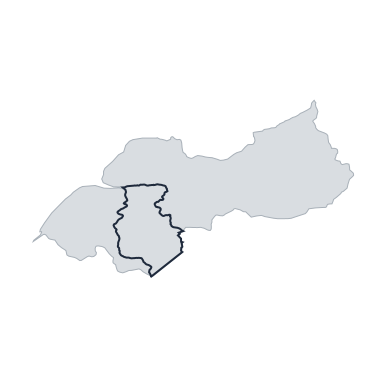 location of VII-2 Mazaruni/L.B.E.Rive, Cuyuni-Mazaruni, Guyana, rotated 265°
{"feature_id": "73187651B61605631045653", "entity_name": "VII-2 Mazaruni/L.B.E.Rive", "entity_type": "district", "adm_level": 2, "iso_a3": "GUY", "parent_name": "Guyana", "parent_adm1": "Cuyuni-Mazaruni", "projection": "equal_earth", "projection_center": [-59.626, 5.924], "detail": "fine", "context": "in_parent", "style": "outline", "palette": "slate", "viewbox_px": 384, "rotation_deg": 265, "n_neighbors": 0, "source": "geoboundaries", "source_scale": "gbopen_adm2", "svg_char_len": 9593}
<svg xmlns="http://www.w3.org/2000/svg" viewBox="0 0 384 384"><g transform="rotate(265 192 192)"><path d="M132.6,177.3L125.7,166.9L118.7,156.4L111.8,146.1L111.4,144.7L114.3,139.8L116.8,136.3L119.0,134.3L120.0,132.5L119.2,125.0L119.3,122.3L118.3,119.3L117.5,116.0L118.4,113.2L119.5,111.3L120.8,110.6L124.0,109.9L126.3,109.6L127.1,108.5L128.4,107.2L130.1,107.2L133.5,108.1L135.0,106.4L137.8,104.1L144.1,100.2L145.5,97.7L146.5,93.8L146.4,91.9L145.7,91.2L144.2,90.6L141.8,90.5L139.9,91.5L137.9,90.9L136.3,88.5L136.2,86.5L137.2,83.7L136.6,81.8L133.5,75.8L133.5,74.2L135.8,71.5L137.1,69.2L138.8,63.7L140.2,61.9L144.6,61.3L145.7,60.1L147.9,57.2L151.2,53.9L156.0,51.3L157.4,46.5L158.2,45.2L162.0,42.7L162.7,41.4L162.6,40.2L156.5,29.5L157.7,30.2L162.4,37.2L165.0,38.7L165.6,38.7L165.6,36.9L168.0,37.7L174.2,42.5L183.3,50.4L196.0,65.3L199.6,71.0L202.1,73.7L205.9,80.2L207.0,83.4L206.9,96.1L203.5,104.7L202.7,111.2L202.5,119.8L200.6,124.7L203.2,122.1L204.0,114.3L206.2,109.6L209.0,104.4L212.8,103.2L217.0,105.4L220.3,105.7L223.2,107.3L229.4,115.6L235.5,122.1L237.8,127.4L244.2,130.0L248.0,134.1L249.3,137.7L250.0,147.1L248.8,161.3L249.1,162.0L247.4,164.8L247.1,166.6L246.0,169.7L245.1,171.4L246.4,175.3L247.8,175.5L248.4,176.0L248.8,176.8L248.7,177.6L248.1,178.3L246.7,179.3L245.4,181.6L245.5,184.1L244.7,185.4L242.0,186.0L236.8,186.0L234.3,186.2L232.2,186.6L230.9,188.3L229.2,189.4L227.8,189.7L226.6,191.5L225.5,194.2L225.9,196.0L227.1,198.4L227.8,200.9L226.9,205.0L225.8,208.1L225.2,210.5L224.4,215.0L222.4,220.0L221.0,222.9L221.0,226.0L221.7,230.4L225.8,236.9L227.2,239.9L228.3,244.9L232.0,248.8L234.3,251.9L234.1,256.0L234.4,257.3L235.8,258.4L237.6,259.2L239.5,259.1L241.3,258.8L241.7,258.2L245.7,258.1L246.1,259.1L246.4,265.1L246.5,267.5L247.5,268.5L248.1,270.0L248.1,271.3L248.3,274.7L248.9,276.4L248.8,280.0L249.2,281.3L250.3,282.2L251.7,284.8L252.2,285.1L252.5,286.0L253.7,289.6L254.3,290.7L254.7,290.9L254.9,292.1L255.8,295.5L256.4,296.4L257.5,298.9L258.0,301.6L259.4,304.7L260.9,306.8L261.6,309.1L263.6,314.0L265.4,317.5L268.0,318.4L270.1,318.9L271.4,320.2L272.7,321.7L271.3,322.4L270.1,323.2L268.3,322.6L265.9,322.9L263.4,323.9L261.1,324.4L256.7,322.8L255.4,322.6L254.5,321.9L252.7,318.9L251.8,318.5L249.5,319.9L246.6,320.9L245.3,320.8L243.6,321.8L242.1,323.2L239.2,329.2L237.8,331.3L236.2,332.2L233.0,332.2L229.5,332.4L227.0,333.9L224.6,334.6L223.4,334.7L223.0,338.0L222.4,339.5L221.7,340.4L219.8,340.7L218.1,340.5L217.1,339.2L215.2,338.5L213.6,338.0L212.5,337.2L211.6,337.4L210.9,338.8L210.3,340.0L209.8,342.1L207.3,342.8L206.2,344.0L206.8,348.0L206.5,349.6L206.0,350.8L202.9,351.1L200.3,351.0L198.8,352.5L196.9,354.2L195.8,354.5L194.4,354.4L192.7,352.4L190.9,350.0L186.6,348.2L182.3,346.8L179.5,342.9L178.8,340.9L177.5,340.1L174.1,335.4L172.3,332.4L170.3,331.6L168.0,330.4L168.1,328.2L167.9,326.1L166.9,325.3L165.5,324.7L165.0,323.5L165.2,320.8L165.4,313.7L165.1,307.0L162.0,304.6L160.6,303.0L158.3,293.1L157.2,288.6L157.1,285.2L157.9,275.2L158.8,270.9L161.2,262.3L162.6,259.3L162.6,257.2L162.5,254.3L161.8,248.8L165.8,245.3L167.6,243.8L167.9,241.5L170.0,238.5L171.0,235.7L171.8,233.5L171.5,232.3L170.6,231.6L169.5,229.5L167.2,223.4L166.3,222.2L165.6,220.5L166.0,217.8L166.9,214.9L166.8,213.6L165.4,212.1L162.5,209.4L160.1,209.2L158.3,208.3L155.5,208.2L153.4,207.9L152.1,206.9L152.4,205.3L152.9,204.1L154.8,201.0L156.0,197.7L156.1,194.5L156.5,190.3L157.0,186.7L157.3,182.6L154.5,179.9L153.5,177.7L152.4,175.7L151.1,175.7L149.1,174.8L146.0,177.4L143.6,176.9L141.9,177.9L138.1,177.7L135.6,176.5L132.6,177.3Z" fill="#d9dde1" stroke="#a8b0b8" stroke-width="1"/><path d="M202.6,123.5L202.6,123.3L201.9,124.0L201.7,124.3L201.5,124.5L201.2,124.8L200.3,125.5L200.0,125.8L199.7,126.0L199.1,126.0L198.4,126.2L198.1,126.2L197.5,126.2L197.1,126.0L196.5,125.7L195.9,125.4L195.6,125.3L194.9,125.1L194.6,125.1L194.2,125.2L193.8,125.2L193.4,125.4L192.7,125.6L192.4,125.8L191.6,126.1L191.4,126.2L191.1,126.4L190.7,126.5L190.0,126.7L189.4,126.8L189.1,126.7L188.9,126.4L188.7,126.1L188.5,125.8L188.3,125.5L188.1,125.2L187.9,124.9L187.7,124.5L187.2,123.6L186.9,123.3L186.6,123.1L186.1,123.5L185.7,124.2L185.7,124.7L185.3,125.4L184.9,125.6L184.7,125.9L184.4,126.0L184.0,126.1L183.7,125.9L183.4,125.7L183.2,125.4L182.9,124.6L182.8,124.3L182.6,123.9L182.5,123.5L182.2,123.0L181.9,122.5L181.7,122.2L181.6,121.8L181.4,120.9L181.2,120.6L181.0,119.6L180.8,119.3L180.5,119.0L180.1,118.4L179.5,117.2L179.2,116.8L179.0,116.5L178.6,116.1L178.4,116.0L178.1,116.0L177.8,116.1L177.2,116.5L176.9,116.7L176.5,117.3L176.3,117.7L176.1,118.1L175.8,118.9L175.7,119.3L175.5,120.1L175.3,120.5L175.1,120.7L174.8,120.9L174.6,121.1L174.3,121.1L174.0,121.1L173.7,120.8L173.2,120.4L172.8,120.3L172.6,120.1L172.3,119.6L172.1,119.2L172.0,118.8L171.8,118.4L171.7,118.1L171.5,117.6L171.0,116.7L170.8,116.4L170.5,116.1L169.9,115.5L169.6,115.3L169.3,115.1L169.0,115.0L168.4,114.4L168.1,114.2L167.6,113.7L167.3,113.4L167.1,113.1L166.9,112.2L166.8,111.8L166.6,111.6L166.3,111.3L165.9,111.1L165.6,111.0L165.3,111.0L165.0,111.2L164.3,111.4L163.7,111.6L162.6,112.3L162.3,112.6L162.0,112.9L161.8,113.2L161.5,113.4L161.1,113.6L160.8,113.5L160.3,113.1L160.0,112.9L159.7,112.8L159.3,112.8L158.6,113.0L158.3,113.2L158.0,113.4L157.6,113.5L157.0,113.8L156.7,113.9L156.4,114.1L156.1,114.1L155.7,114.3L155.4,114.5L155.2,114.8L154.9,115.1L154.6,115.2L154.2,115.3L153.8,115.3L153.6,115.3L153.3,115.5L152.6,115.6L152.3,115.7L152.0,115.6L151.6,115.5L151.2,115.5L150.9,115.4L149.9,114.9L149.4,114.7L149.1,114.5L148.1,114.1L147.7,114.0L147.4,114.0L147.1,113.9L146.7,113.9L146.4,113.9L146.0,113.9L145.7,113.8L145.2,113.6L144.6,113.4L143.8,113.5L143.5,113.6L143.0,114.2L142.6,114.4L142.2,114.5L141.7,114.5L140.7,114.4L140.4,114.4L140.1,114.5L139.8,114.8L139.5,114.8L138.6,114.7L138.3,114.7L137.9,114.5L137.3,114.6L136.5,115.0L136.1,115.3L135.7,115.5L135.4,115.6L135.1,115.9L134.9,116.1L134.3,117.1L134.1,117.6L133.8,117.9L133.5,118.3L133.3,118.6L132.9,119.6L132.8,120.0L132.4,120.8L132.3,121.3L132.2,123.0L132.0,123.7L131.6,124.5L131.5,125.0L131.3,125.5L131.2,126.0L131.2,127.2L131.2,128.2L131.1,129.1L131.2,129.5L131.2,130.1L131.2,130.6L131.2,131.2L131.1,131.7L131.0,132.3L131.1,133.0L131.0,133.5L130.9,134.0L130.8,134.5L130.7,134.8L130.7,135.2L130.5,135.7L130.4,136.0L129.8,136.4L129.4,136.6L129.0,136.8L128.0,137.3L127.6,137.4L127.2,137.4L126.9,137.5L126.6,137.6L125.8,138.5L125.4,138.9L125.1,139.2L124.8,139.3L124.5,139.6L124.1,140.0L123.8,140.4L123.4,141.5L123.0,142.5L122.3,143.5L122.0,143.8L121.7,144.2L121.5,144.5L121.2,144.7L121.0,144.9L120.7,144.9L120.4,144.9L119.8,144.6L119.2,144.2L118.9,143.9L118.6,143.6L118.4,143.2L118.2,143.0L117.9,142.8L117.0,142.6L116.5,142.4L115.9,142.3L115.5,142.3L115.2,142.5L114.9,142.8L114.6,143.0L114.3,143.1L113.6,143.3L112.7,143.7L111.5,143.8L111.4,143.9L111.3,144.0L133.0,177.0L133.3,176.5L134.7,176.0L137.4,176.5L138.3,177.6L142.2,177.2L142.8,178.2L143.4,176.8L146.5,177.0L150.0,174.2L151.4,176.2L152.6,175.2L153.8,179.8L154.3,179.0L154.8,178.3L155.0,178.1L155.8,177.5L156.0,177.2L156.3,176.9L156.8,176.2L157.2,175.3L157.6,174.5L157.7,174.0L157.8,173.6L157.9,173.2L158.2,171.9L158.3,171.5L158.4,171.1L158.5,170.6L158.8,170.1L159.0,169.6L159.2,169.4L159.6,169.1L159.8,168.7L160.3,168.6L160.7,168.4L161.0,168.3L161.4,168.1L161.8,167.8L162.1,167.8L162.5,168.0L162.9,168.2L163.2,168.2L164.0,167.9L164.4,167.8L164.8,167.8L165.5,167.8L165.8,167.9L166.2,168.0L167.2,168.4L167.7,168.5L168.0,168.5L169.1,168.3L169.4,168.3L169.7,168.0L170.1,168.2L170.5,168.4L170.8,168.4L171.2,167.9L171.3,167.6L171.3,167.1L171.2,166.7L171.1,166.2L171.0,165.8L171.0,165.3L171.2,164.5L171.2,164.0L171.1,163.2L170.8,162.4L170.6,161.8L170.7,161.3L170.8,160.9L171.0,160.5L171.2,160.3L171.8,159.6L172.6,159.0L173.2,158.5L173.4,158.2L173.7,158.0L174.1,157.8L174.5,157.9L174.8,157.9L175.2,158.1L176.4,158.8L176.7,159.1L177.4,159.3L177.8,159.3L178.1,159.3L178.4,159.1L178.7,158.9L179.2,158.4L179.4,158.0L179.5,157.7L179.7,156.7L180.0,156.5L180.1,156.0L180.1,155.6L180.5,154.8L180.8,154.6L182.3,154.0L182.7,153.8L183.1,153.8L183.4,153.8L183.7,153.9L184.0,154.1L184.2,154.4L184.3,154.8L184.6,155.1L184.8,155.5L185.1,155.9L185.2,156.2L185.2,156.7L185.2,157.1L185.2,157.6L185.5,157.8L185.7,158.1L185.9,158.4L186.2,158.7L186.9,159.5L187.0,159.8L186.9,160.2L186.7,160.7L186.7,161.3L186.7,161.8L186.8,162.3L187.0,162.6L187.3,162.8L187.6,162.9L187.9,162.8L188.6,162.4L188.9,162.1L189.2,161.9L189.5,161.8L189.9,161.8L190.2,162.0L190.5,162.3L190.9,163.1L191.2,163.5L191.7,164.1L191.9,164.3L192.5,164.3L193.1,164.5L193.5,164.6L193.8,164.8L194.0,165.1L194.2,165.4L194.3,165.8L194.4,166.6L194.7,167.1L195.0,167.6L195.4,167.5L195.8,167.4L196.1,167.3L196.4,167.2L196.7,167.2L197.0,167.3L197.3,167.3L197.6,167.1L198.0,166.9L198.9,166.5L199.2,166.4L199.5,166.3L199.8,166.3L200.1,166.1L200.3,165.8L200.7,165.2L201.0,164.0L201.2,163.5L201.5,162.8L201.7,162.4L201.8,161.9L202.0,161.3L202.0,161.0L202.1,160.4L202.7,158.2L202.7,157.7L202.6,157.3L202.5,156.9L202.4,156.1L202.2,155.6L202.3,155.0L202.2,154.6L202.5,154.3L202.4,153.4L202.5,152.4L202.4,151.8L202.4,149.9L202.3,149.5L202.2,148.9L202.2,148.6L202.3,148.1L202.4,147.6L202.8,146.8L203.4,145.7L203.5,145.3L203.6,144.3L203.6,143.8L203.6,142.9L203.6,142.5L203.7,142.0L203.8,141.6L203.7,141.1L203.5,140.7L203.3,140.4L203.1,140.0L203.1,139.3L203.2,138.7L203.4,138.4L203.4,138.0L203.3,137.6L203.3,137.3L203.3,136.8L203.3,136.4L203.4,135.8L203.5,135.3L203.4,134.9L203.4,134.4L203.4,133.4L203.4,132.3L203.4,131.7L203.4,131.2L203.4,130.2L203.4,129.6L203.4,129.0L203.4,128.0L203.3,127.6L203.1,127.1L203.0,126.8L202.9,126.3L202.6,125.7L202.5,125.1L202.5,124.7L202.6,123.5Z" fill="none" stroke="#1e293b" stroke-width="2"/></g></svg>